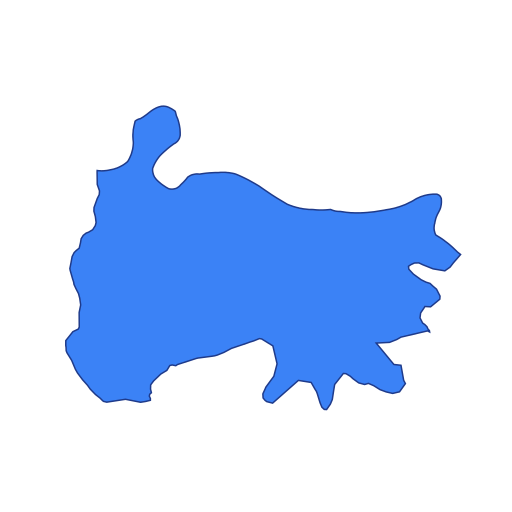 Fariskur, Dumyat, Egypt, rotated 81°
{"feature_id": "37247803B71323814972136", "entity_name": "Fariskur", "entity_type": "district", "adm_level": 2, "iso_a3": "EGY", "parent_name": "Egypt", "parent_adm1": "Dumyat", "projection": "natural_earth1", "projection_center": [31.709, 31.31], "detail": "fine", "context": "isolated", "style": "filled", "palette": "blue", "viewbox_px": 512, "rotation_deg": 81, "n_neighbors": 0, "source": "geoboundaries", "source_scale": "gbopen_adm2", "svg_char_len": 6050}
<svg xmlns="http://www.w3.org/2000/svg" viewBox="0 0 512 512"><g transform="rotate(81 256 256)"><path d="M286.5,53.7L285.0,55.1L283.6,56.4L282.1,57.5L280.4,58.8L278.4,60.3L276.2,62.1L274.1,63.9L272.1,65.8L271.1,66.8L270.1,67.7L268.1,69.7L266.3,71.7L265.3,72.9L263.4,75.1L262.1,75.5L261.0,75.7L259.9,75.8L258.8,75.9L257.6,75.9L256.5,75.8L255.4,75.6L254.3,75.3L253.2,75.0L252.4,74.7L251.6,74.3L250.3,73.9L248.9,73.3L247.4,72.7L246.0,72.0L244.7,71.2L243.3,70.3L242.1,69.4L240.6,68.3L239.5,67.5L238.4,66.8L237.3,66.2L236.1,65.7L234.2,65.0L233.0,64.7L231.7,64.4L229.4,64.1L228.4,64.0L227.4,64.2L226.4,64.5L225.5,64.9L225.0,65.3L224.5,65.8L224.1,66.3L223.7,66.9L223.3,67.5L223.2,67.9L222.9,69.8L222.6,71.5L222.5,73.3L222.4,75.0L222.4,76.7L222.5,78.5L222.6,80.2L222.9,81.9L223.0,82.8L223.3,84.5L223.8,86.2L224.0,87.0L224.2,87.8L224.8,89.5L225.9,92.1L226.7,94.3L227.0,95.5L227.7,97.7L228.4,100.0L228.7,101.1L228.9,102.3L229.4,104.6L229.8,106.9L230.1,109.3L230.3,110.4L230.5,112.8L230.6,115.2L230.7,116.3L230.7,118.7L230.7,120.2L230.8,122.3L230.8,125.7L230.8,129.1L230.8,132.6L230.7,134.3L230.5,137.7L230.4,139.4L230.1,142.8L229.8,145.6L229.5,147.8L228.9,151.6L228.6,152.9L228.1,155.6L227.4,158.3L227.1,159.6L226.3,162.2L225.2,165.7L224.9,167.4L224.6,168.7L224.4,169.3L224.3,169.9L223.8,171.1L223.3,172.2L223.0,172.8L222.4,173.9L221.7,175.1L221.5,178.1L221.3,180.6L221.0,183.0L220.6,185.5L220.4,186.7L219.9,189.1L219.0,192.5L218.5,195.4L218.3,196.5L217.7,198.7L217.4,199.8L216.8,202.0L216.0,204.1L215.7,205.2L214.8,207.2L214.4,208.3L213.9,209.3L213.0,211.3L211.9,213.3L211.4,214.3L209.8,217.0L206.8,220.6L205.3,222.4L202.2,226.1L200.0,228.6L197.5,231.4L194.3,234.8L191.0,238.3L188.4,241.0L187.6,241.8L186.5,243.1L184.2,245.9L182.0,248.7L179.8,251.5L177.7,254.4L175.7,257.3L173.7,260.3L172.0,263.1L171.3,264.5L170.6,266.3L170.0,268.1L169.4,269.9L169.2,270.9L168.7,272.7L168.5,273.7L168.2,275.5L167.9,277.4L167.8,278.4L167.7,280.2L167.2,283.2L166.9,286.2L166.6,289.2L166.4,292.2L166.3,295.2L166.3,299.0L166.0,300.0L165.8,301.1L165.6,302.2L165.6,302.8L165.6,303.3L165.6,304.4L165.7,305.5L165.7,306.0L165.9,307.1L166.2,308.2L166.6,309.2L166.8,309.7L167.4,311.1L169.2,313.0L170.6,314.7L172.0,316.5L172.6,317.4L174.0,319.4L174.8,320.3L175.3,321.1L175.7,321.9L176.1,322.7L176.3,323.1L176.6,324.0L176.8,324.9L176.8,325.4L176.9,326.3L176.9,326.7L176.9,327.6L176.8,328.6L176.7,329.0L176.5,329.9L176.4,330.3L176.1,331.2L175.6,332.1L174.0,334.1L172.7,335.5L171.4,336.9L170.0,338.3L169.3,338.9L167.8,340.2L166.3,341.4L164.9,342.4L163.5,343.2L162.1,343.9L161.1,344.2L160.0,344.5L158.5,344.7L157.1,344.8L155.8,344.8L154.3,344.6L153.1,344.3L151.5,343.3L150.0,342.4L148.6,341.4L147.2,340.3L145.9,339.2L144.6,338.0L143.3,336.7L141.8,335.0L140.2,332.8L138.6,330.4L137.1,328.0L136.3,326.8L134.9,324.4L134.2,323.1L132.9,320.6L132.4,319.8L132.3,319.3L132.0,318.4L131.8,318.0L131.4,317.2L130.9,316.4L130.4,315.6L130.1,315.3L129.4,314.6L128.7,314.0L128.4,313.7L128.0,313.4L127.2,313.0L126.4,312.6L125.2,312.1L124.3,311.9L122.4,311.6L120.5,311.4L118.7,311.2L116.8,311.2L114.9,311.2L112.1,311.4L110.2,311.6L108.3,311.9L106.7,312.3L105.0,312.7L101.5,313.0L100.8,313.1L100.6,313.2L100.4,313.2L99.7,313.8L98.7,314.9L97.7,316.0L97.2,316.6L96.8,317.2L95.9,318.4L95.1,319.6L94.6,320.6L94.3,321.2L94.0,322.1L93.7,323.1L93.6,323.6L93.5,324.1L93.4,325.1L93.3,326.1L93.4,327.1L93.5,328.3L93.6,329.0L93.9,330.4L94.3,331.9L94.8,333.2L95.0,333.9L95.6,335.3L96.2,336.6L96.9,337.9L97.9,339.7L99.0,341.6L100.0,343.6L101.0,345.6L101.8,347.6L102.3,348.8L102.3,349.6L102.4,350.4L102.6,351.2L102.8,352.0L103.0,352.4L103.3,353.2L103.7,353.9L104.0,354.4L104.5,354.5L106.6,355.4L109.4,356.5L112.2,357.5L114.1,357.9L116.9,358.6L118.8,358.9L121.7,359.2L123.8,359.3L125.4,359.5L127.9,360.1L130.3,360.8L131.9,361.4L133.4,362.1L135.0,362.8L136.5,363.6L137.9,364.5L139.3,365.4L140.7,366.4L142.3,367.7L143.0,368.6L143.8,370.0L144.2,370.7L144.9,372.1L145.5,373.5L145.8,374.3L146.3,375.8L146.8,377.3L147.0,378.1L147.4,379.6L147.6,381.2L147.8,382.0L147.9,382.8L148.0,384.4L148.1,386.8L148.2,388.6L148.2,390.1L148.1,391.7L148.0,393.3L147.8,394.9L147.7,395.6L147.3,397.2L147.2,397.9L146.7,399.5L148.1,399.8L155.0,400.8L160.5,401.6L167.2,400.4L170.8,401.2L174.4,403.8L182.8,408.4L186.4,409.1L191.9,408.5L197.9,408.7L200.9,410.0L204.5,413.2L206.3,417.7L206.8,420.2L208.6,423.4L211.6,426.0L215.8,427.4L220.6,429.4L222.4,432.6L224.2,435.1L227.8,437.7L233.8,439.8L239.2,441.8L241.0,441.8L250.1,440.7L253.2,440.2L255.6,440.2L259.9,439.0L265.3,437.2L270.2,436.7L276.9,436.8L284.1,439.5L298.6,441.7L300.4,443.0L302.1,448.7L309.8,457.1L314.7,457.9L316.5,457.9L319.9,458.3L322.1,457.8L330.2,454.4L339.6,452.1L343.6,450.6L351.2,446.6L357.2,442.7L361.6,440.5L367.7,436.2L371.9,432.3L374.8,430.2L375.7,429.4L377.0,426.3L377.1,407.3L382.4,392.9L382.4,387.8L382.0,382.9L380.2,382.6L377.7,383.3L375.9,382.6L374.7,380.7L371.0,381.0L366.8,380.2L363.3,376.6L357.7,368.5L355.0,361.9L350.7,358.3L350.5,355.9L351.8,352.4L350.9,350.5L347.8,330.8L347.7,329.2L348.1,315.6L348.1,312.4L347.8,309.8L346.2,302.8L343.4,294.7L340.6,278.2L340.1,275.8L339.5,271.6L338.1,265.6L338.8,263.4L347.4,253.4L365.1,252.1L365.9,252.1L377.6,257.2L387.1,266.8L388.6,267.7L392.8,270.5L393.4,270.8L397.3,271.2L399.9,269.7L401.5,268.2L403.9,262.6L385.5,233.6L389.5,221.3L396.9,218.5L399.2,217.5L401.6,217.0L410.9,215.7L415.6,214.6L418.2,212.6L418.7,210.3L413.9,205.7L409.7,203.1L401.2,200.4L395.2,198.4L385.7,188.1L386.3,185.5L389.4,181.8L392.5,179.3L397.4,174.4L399.9,168.8L399.4,164.9L402.5,160.0L407.4,154.4L410.6,148.7L413.1,142.5L412.6,135.5L405.4,128.4L401.8,129.6L386.6,129.9L384.7,136.8L360.8,150.9L362.2,137.6L360.5,130.0L358.8,125.5L356.8,98.3L358.2,96.4L356.8,96.4L355.0,97.6L352.6,98.2L350.1,100.0L348.3,101.9L342.8,103.7L338.0,102.3L333.2,97.8L332.3,97.1L333.5,91.5L327.4,81.2L324.4,80.5L317.0,82.9L313.4,86.0L310.3,88.4L308.4,92.2L305.3,96.6L298.5,103.4L293.0,107.1L290.0,107.0L288.8,104.4L287.7,100.6L288.3,96.2L290.8,92.5L296.4,83.1L300.2,71.8L297.3,66.0L293.7,62.2L287.3,54.6L286.5,53.7Z" fill="#3b82f6" stroke="#1e3a8a" stroke-width="1.5"/></g></svg>